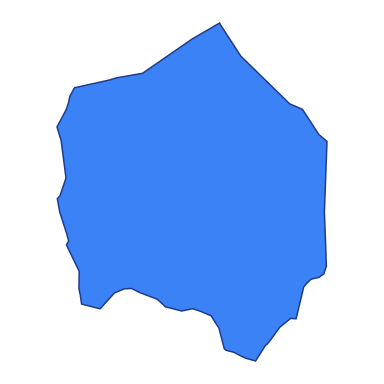 outline of Ikot Ekpene, Akwa Ibom, Nigeria
{"feature_id": "59680162B36804655757784", "entity_name": "Ikot Ekpene", "entity_type": "district", "adm_level": 2, "iso_a3": "NGA", "parent_name": "Nigeria", "parent_adm1": "Akwa Ibom", "projection": "albers", "projection_center": [7.709, 5.2], "detail": "fine", "context": "isolated", "style": "filled", "palette": "blue", "viewbox_px": 384, "rotation_deg": 0, "n_neighbors": 0, "source": "geoboundaries", "source_scale": "gbopen_adm2", "svg_char_len": 920}
<svg xmlns="http://www.w3.org/2000/svg" viewBox="0 0 384 384"><path d="M290.6,318.4L296.1,318.8L303.7,287.0L307.0,283.1L311.0,279.2L318.9,277.4L323.9,273.8L326.4,266.0L326.0,255.5L325.7,246.4L325.5,240.9L324.4,212.2L327.0,141.4L318.8,134.5L302.5,109.4L289.6,103.8L240.8,56.1L220.4,24.7L219.6,23.0L192.1,39.0L142.5,73.3L116.6,77.8L109.0,80.1L74.6,87.7L69.9,96.1L68.4,103.1L66.0,110.1L65.8,110.4L57.0,126.9L61.2,140.9L62.6,151.7L66.0,178.1L60.0,195.7L57.3,198.7L59.7,211.9L66.7,233.7L68.7,241.1L66.4,244.9L79.2,271.3L78.9,288.6L80.3,295.2L81.6,304.1L100.1,308.8L114.4,293.0L124.2,288.8L131.7,288.5L139.8,292.6L157.2,299.2L165.5,306.8L181.7,311.0L192.6,308.7L199.9,311.1L211.1,315.8L217.2,325.5L218.9,327.9L224.3,348.8L226.1,350.3L233.8,352.3L239.8,355.4L245.3,358.1L249.3,359.2L255.6,361.0L265.5,345.3L267.2,344.1L271.0,339.3L279.8,327.2L283.8,324.0L290.6,318.4Z" fill="#3b82f6" stroke="#1e3a8a" stroke-width="1.5"/></svg>